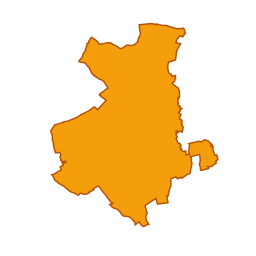 Ciortesti, Iasi, Romania (Natural Earth projection), rotated 170°
{"feature_id": "2599482B12442358854249", "entity_name": "Ciortesti", "entity_type": "district", "adm_level": 2, "iso_a3": "ROU", "parent_name": "Romania", "parent_adm1": "Iasi", "projection": "natural_earth1", "projection_center": [27.848, 46.913], "detail": "fine", "context": "isolated", "style": "filled", "palette": "amber", "viewbox_px": 256, "rotation_deg": 170, "n_neighbors": 0, "source": "geoboundaries", "source_scale": "gbopen_adm2", "svg_char_len": 5685}
<svg xmlns="http://www.w3.org/2000/svg" viewBox="0 0 256 256"><g transform="rotate(170 128 128)"><path d="M153.7,218.3L153.7,217.7L155.5,214.0L156.0,213.1L156.5,212.7L156.4,212.3L156.5,212.1L156.2,211.6L157.1,210.5L157.7,210.4L158.6,209.7L158.9,209.0L159.7,208.1L159.8,207.3L160.5,206.1L164.8,202.3L164.5,201.6L163.9,201.5L163.1,200.9L159.3,199.8L158.3,198.3L157.3,196.2L155.9,194.4L155.7,194.1L155.7,193.1L155.1,192.0L154.5,188.9L154.0,188.0L153.0,186.7L152.8,185.9L152.4,185.9L152.4,185.5L152.0,185.6L151.8,185.3L151.5,185.0L151.5,184.6L151.0,184.3L150.4,183.5L149.6,183.0L148.4,181.7L145.4,179.7L143.6,177.8L142.8,175.8L142.3,175.0L142.1,173.7L141.2,172.3L140.9,170.9L150.2,166.2L149.4,165.2L149.5,165.0L150.0,164.9L144.7,159.0L155.0,151.2L155.7,152.7L156.7,154.0L158.1,154.7L159.8,153.5L163.7,151.7L169.7,149.9L170.4,149.5L170.8,149.7L172.0,149.4L173.1,148.8L176.8,147.2L185.7,145.4L187.7,145.1L189.7,145.3L192.5,144.5L199.9,143.7L200.2,143.1L201.9,141.5L202.1,141.0L204.3,139.1L204.4,138.7L204.4,136.8L203.9,133.6L204.4,130.0L204.3,129.9L204.3,128.8L204.5,128.7L204.3,128.5L204.1,126.3L204.2,126.0L204.1,125.4L204.4,124.9L204.2,124.6L204.4,122.1L204.1,121.2L204.0,119.4L204.2,119.2L204.0,118.9L204.2,118.4L203.8,117.7L203.5,115.9L200.9,116.1L198.8,114.9L198.8,113.2L199.5,111.9L200.0,111.4L199.5,107.5L199.6,107.4L199.2,107.3L198.7,106.8L198.5,106.2L198.7,105.9L196.9,106.1L195.3,106.0L195.0,105.9L195.3,105.0L195.6,104.8L196.1,104.7L196.6,105.1L198.5,104.6L198.6,104.3L198.3,103.6L198.2,102.7L201.6,101.4L201.1,98.8L201.3,98.1L203.2,97.6L208.3,95.6L211.1,95.1L210.4,94.7L210.0,92.4L209.1,89.5L208.7,88.8L207.0,87.1L205.8,85.5L201.4,81.9L196.3,75.8L195.1,74.8L192.2,73.3L191.5,72.6L190.1,71.8L189.3,70.7L188.9,70.5L187.3,71.0L186.8,71.7L186.3,72.0L184.4,71.4L182.8,70.3L179.8,70.2L178.8,70.4L177.3,71.2L177.5,71.6L172.5,73.1L172.9,73.9L171.3,74.8L167.8,76.0L167.1,75.5L166.7,75.4L166.0,74.3L164.9,71.5L161.8,66.0L161.1,65.0L160.8,63.8L159.1,60.5L157.0,57.0L156.5,57.1L156.1,56.3L156.6,56.0L159.3,55.9L157.3,52.9L156.8,52.6L156.2,51.7L154.5,51.1L152.9,50.0L150.8,47.4L148.9,43.6L147.4,41.9L143.4,40.9L142.4,40.3L141.4,39.5L140.4,38.3L139.4,36.7L138.0,34.8L137.8,34.0L137.6,32.6L137.8,31.5L133.5,33.6L131.5,29.6L130.2,28.6L129.3,28.3L126.4,29.3L124.1,29.6L126.0,33.5L125.9,37.6L125.6,38.4L124.0,40.5L123.9,41.1L124.7,47.4L124.5,48.5L122.8,49.5L119.1,51.2L112.7,53.7L112.4,49.8L112.1,47.9L107.5,47.8L101.7,47.4L101.5,47.7L101.6,49.9L101.8,50.9L101.5,53.3L101.6,54.3L101.3,54.4L100.4,54.1L97.3,61.5L96.4,62.4L95.8,63.5L94.7,70.6L89.5,71.5L88.0,69.4L86.8,69.9L86.7,69.6L84.4,70.4L83.7,69.2L77.7,71.9L74.7,72.6L73.5,75.8L72.9,77.9L71.9,79.8L71.7,80.9L71.1,82.1L71.5,85.5L70.9,86.7L70.8,87.2L71.5,88.9L62.3,89.5L62.1,86.8L62.5,83.7L62.6,82.9L63.1,82.1L63.3,80.7L64.0,80.1L64.0,79.7L63.9,78.7L63.7,78.2L63.6,76.4L63.9,74.6L63.7,73.8L62.8,73.6L55.5,74.1L55.6,75.2L56.1,76.0L54.9,75.6L52.2,75.7L47.9,77.8L47.1,78.4L47.7,79.5L45.0,81.5L44.9,84.2L45.2,85.1L45.1,85.7L45.9,86.2L47.2,86.1L47.3,86.3L47.8,89.3L48.1,92.9L48.5,93.6L47.3,94.6L47.9,95.8L48.2,95.9L48.9,95.4L49.5,96.1L49.6,96.4L48.9,96.4L48.6,96.6L48.8,97.0L48.2,97.3L49.9,99.3L50.3,99.6L51.2,101.3L54.3,103.0L55.9,102.7L57.4,101.7L58.0,101.7L60.5,102.6L70.8,102.1L70.3,101.0L70.9,99.5L70.9,98.4L71.2,97.4L72.1,95.2L72.3,92.9L72.2,91.4L75.5,91.5L75.3,92.5L75.6,93.6L75.2,94.2L74.9,94.4L75.1,95.1L76.3,95.5L77.3,95.2L78.0,95.3L78.8,96.5L79.8,97.1L79.8,97.5L79.1,97.8L78.8,98.3L79.6,99.0L80.0,99.6L79.9,100.0L79.2,100.7L78.8,101.8L79.5,102.5L79.4,103.2L79.6,103.5L80.3,104.2L80.9,104.1L81.3,104.8L81.8,105.7L81.9,107.1L82.4,108.1L82.5,108.7L82.4,109.3L81.5,109.9L81.0,111.0L82.0,112.4L81.0,113.8L81.6,114.5L81.7,115.0L80.8,116.7L80.3,116.8L79.6,116.0L79.6,115.8L79.9,115.3L79.7,114.8L79.3,114.8L77.7,115.8L77.0,116.0L76.5,115.7L76.1,114.8L75.3,114.6L75.1,115.4L74.2,116.9L74.3,117.3L73.7,118.8L73.4,119.2L73.9,119.8L74.2,121.2L74.7,121.8L73.9,122.6L74.5,124.3L74.4,124.7L73.6,125.1L73.5,125.5L74.0,126.8L74.5,127.1L74.9,127.0L75.5,127.6L75.7,128.7L75.3,128.9L74.7,130.1L74.8,130.9L73.8,131.4L73.5,131.7L73.7,132.4L74.3,132.9L75.1,134.2L75.5,134.3L75.5,134.6L74.5,135.4L73.7,135.5L73.8,136.6L73.4,137.2L72.1,137.4L71.8,137.5L71.6,137.8L72.9,138.7L73.5,138.9L73.7,139.2L73.5,140.2L73.0,140.4L73.6,141.0L74.5,141.5L74.8,142.4L74.7,143.1L74.1,143.5L73.9,144.0L74.2,144.7L74.7,145.1L74.7,145.5L74.3,145.7L74.1,146.8L73.3,147.1L74.0,148.3L73.9,148.9L73.4,149.3L72.4,148.9L71.8,149.6L71.1,155.0L71.1,156.5L71.3,156.7L71.6,158.3L72.1,159.1L76.8,163.9L76.6,164.6L76.3,164.9L75.7,164.9L75.1,165.3L74.3,165.4L74.1,165.9L73.8,166.3L73.7,167.3L73.4,168.1L72.5,168.5L72.3,168.8L72.6,169.4L72.1,171.5L75.8,171.4L76.1,173.5L77.3,174.0L78.2,175.3L78.5,176.0L78.4,181.5L78.2,181.8L77.4,184.1L76.2,186.2L75.2,185.9L69.4,186.8L66.5,196.0L65.2,197.3L63.4,199.9L62.2,201.0L62.1,201.5L61.6,201.9L66.0,203.8L64.8,206.2L63.8,207.3L60.8,209.8L58.1,208.3L56.7,209.9L56.3,210.8L55.0,211.0L55.2,212.0L55.2,214.2L55.9,216.5L56.6,216.1L57.0,216.6L63.2,217.4L68.4,220.3L69.2,220.4L72.1,222.2L74.0,222.7L74.7,222.5L76.4,223.2L79.3,224.1L80.1,224.5L81.1,225.4L83.0,224.8L83.2,225.6L88.0,226.9L99.1,227.7L99.4,223.6L99.3,218.9L99.6,217.9L101.4,215.7L102.2,214.5L103.4,211.6L103.4,210.9L104.9,210.4L106.4,209.3L107.8,208.7L109.3,208.6L111.1,208.8L114.9,209.8L119.9,207.5L120.6,207.4L122.0,207.8L123.0,208.4L124.7,210.3L128.5,213.1L129.4,214.1L130.3,214.7L130.5,214.6L130.8,215.0L131.9,215.3L133.3,215.4L136.6,215.5L138.5,215.2L140.1,215.2L140.4,215.5L141.8,215.8L142.3,216.3L143.1,218.4L144.4,220.1L148.1,223.6L148.5,223.5L149.5,222.3L150.8,221.1L151.7,219.9L151.5,219.3L152.0,219.1L152.9,217.8L153.7,218.3Z" fill="#f59e0b" stroke="#b45309" stroke-width="1.5"/></g></svg>